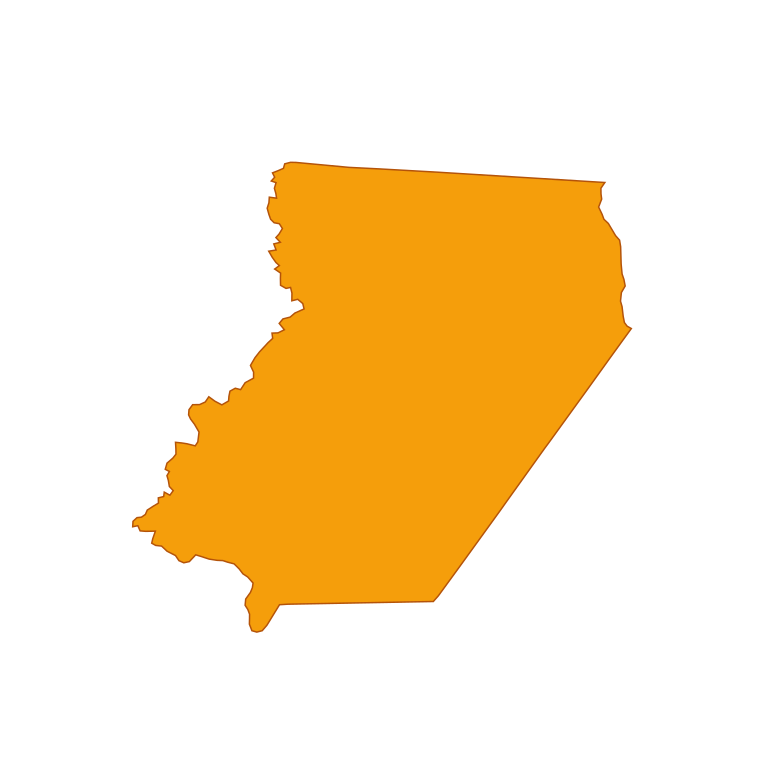 outline of Presidente Sarney, Maranhão, Brazil, rotated 27°
{"feature_id": "56859067B79345146659872", "entity_name": "Presidente Sarney", "entity_type": "district", "adm_level": 2, "iso_a3": "BRA", "parent_name": "Brazil", "parent_adm1": "Maranhão", "projection": "mercator", "projection_center": [-45.415, -2.592], "detail": "fine", "context": "isolated", "style": "filled", "palette": "amber", "viewbox_px": 768, "rotation_deg": 27, "n_neighbors": 0, "source": "geoboundaries", "source_scale": "gbopen_adm2", "svg_char_len": 2246}
<svg xmlns="http://www.w3.org/2000/svg" viewBox="0 0 768 768"><g transform="rotate(27 384 384)"><path d="M398.2,623.9L526.7,555.4L528.6,548.0L534.9,508.6L545.0,443.9L546.4,434.3L556.4,368.1L557.4,362.2L567.6,297.2L573.4,259.2L576.6,238.7L579.2,222.3L574.4,222.1L570.3,220.1L566.4,215.1L561.0,207.0L557.1,202.8L554.0,194.7L554.4,187.2L550.3,181.9L546.2,177.9L540.8,169.4L532.5,154.2L528.6,148.9L523.0,146.7L511.0,139.1L505.2,137.4L501.3,133.8L494.9,128.9L494.0,120.4L491.1,116.2L488.4,111.1L489.3,104.2L335.0,171.2L282.1,194.5L254.4,206.9L205.1,226.5L200.1,228.9L195.6,232.9L196.5,237.5L192.7,242.1L188.8,246.5L192.7,249.4L191.4,254.3L196.4,253.6L197.5,259.4L201.2,263.4L203.9,267.2L197.0,269.6L199.2,274.8L200.1,280.4L204.4,285.1L208.2,288.7L212.9,290.2L218.0,288.7L222.9,291.6L222.4,298.2L221.2,302.6L227.3,304.8L222.2,309.2L227.0,313.6L221.0,318.0L227.0,321.9L232.6,324.8L237.0,326.0L234.4,331.2L241.5,332.1L243.7,336.8L247.0,343.0L253.3,343.3L256.9,340.4L260.7,344.8L264.1,351.7L268.7,347.7L275.1,349.2L278.7,353.4L272.4,361.2L270.0,367.0L264.4,371.9L263.1,377.6L270.6,380.9L266.3,386.6L261.1,389.5L264.1,393.9L261.9,399.9L260.5,404.9L258.5,411.9L257.1,419.2L256.6,428.1L262.4,432.6L265.1,438.0L259.7,445.8L258.8,454.1L253.4,455.3L250.0,460.3L251.4,465.3L253.2,469.7L249.0,476.2L241.2,476.1L233.7,474.9L232.9,481.2L229.0,486.1L222.9,489.3L221.9,495.4L223.9,500.2L227.5,503.0L233.4,505.9L241.0,510.8L244.4,520.1L243.9,524.8L235.6,526.7L230.7,528.3L224.7,530.6L228.1,536.4L230.5,541.0L229.5,545.9L226.6,553.0L227.8,559.3L232.5,559.4L232.2,564.2L235.6,567.8L239.3,572.8L244.6,574.7L243.7,580.3L237.3,580.1L238.8,584.3L234.6,587.9L237.1,592.5L233.9,597.6L230.3,603.8L230.6,608.6L228.3,612.8L224.6,615.2L222.7,620.3L224.9,625.3L229.0,622.0L233.4,625.6L238.5,623.5L247.1,618.9L248.2,626.9L249.3,631.3L253.8,631.5L259.4,629.4L266.7,631.5L276.1,631.5L281.5,634.5L286.8,634.2L291.2,630.6L293.8,621.7L298.8,620.8L307.7,619.4L315.3,616.9L320.6,614.5L325.3,613.8L332.1,612.3L338.9,614.5L344.5,617.2L350.1,617.8L357.7,620.8L359.2,625.3L359.6,630.4L358.4,638.4L360.7,644.2L365.1,646.8L368.7,650.1L370.7,654.1L373.1,659.1L378.3,663.8L383.3,662.8L387.5,659.1L389.2,652.1L391.1,628.1L398.2,623.9Z" fill="#f59e0b" stroke="#b45309" stroke-width="1.5"/></g></svg>